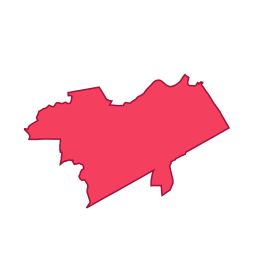 outline of Mogosani, Dâmbovita, Romania, rotated 136°
{"feature_id": "2599482B27311535557827", "entity_name": "Mogosani", "entity_type": "district", "adm_level": 2, "iso_a3": "ROU", "parent_name": "Romania", "parent_adm1": "Dâmbovita", "projection": "natural_earth1", "projection_center": [25.391, 44.675], "detail": "fine", "context": "isolated", "style": "filled", "palette": "rose", "viewbox_px": 256, "rotation_deg": 136, "n_neighbors": 0, "source": "geoboundaries", "source_scale": "gbopen_adm2", "svg_char_len": 4526}
<svg xmlns="http://www.w3.org/2000/svg" viewBox="0 0 256 256"><g transform="rotate(136 128 128)"><path d="M150.3,55.8L140.7,54.2L135.2,56.6L133.7,57.3L133.5,57.6L133.1,58.1L132.3,58.8L131.7,59.6L131.2,60.4L130.8,61.1L129.9,62.7L129.2,63.8L127.5,66.7L125.9,69.3L125.4,70.2L124.8,71.0L124.4,71.7L123.5,72.0L122.7,72.3L121.6,72.7L121.3,73.0L120.7,73.5L119.9,73.6L118.9,73.4L117.7,73.0L116.9,72.7L115.8,72.3L115.0,72.5L114.4,72.8L113.1,72.1L111.6,71.7L108.7,70.9L106.9,70.1L105.2,69.4L103.5,70.2L103.2,70.4L94.7,68.1L92.7,67.6L91.3,67.3L71.7,62.1L55.9,58.1L55.3,57.9L55.3,58.0L55.2,58.1L53.8,63.7L53.2,66.4L53.0,66.8L52.9,67.1L52.9,67.4L52.8,67.5L52.7,67.8L52.7,68.0L52.6,68.6L52.5,68.8L52.4,69.1L52.4,69.3L52.3,69.6L52.3,69.8L52.2,70.0L52.1,70.5L51.6,72.6L51.0,74.6L50.9,74.8L50.8,75.0L50.2,78.4L49.9,80.1L49.8,81.0L49.7,81.3L49.7,81.7L49.4,83.7L49.2,85.1L49.2,85.8L49.1,86.3L49.0,86.6L48.8,87.9L48.7,88.2L48.7,88.4L48.6,88.5L48.3,89.9L47.9,91.3L47.5,93.3L47.2,94.6L47.0,95.8L46.7,97.2L46.3,100.3L46.1,101.9L46.0,102.3L45.7,103.9L45.5,104.9L45.4,106.4L45.2,107.4L45.0,108.5L43.5,108.6L43.0,108.5L42.6,108.9L42.8,109.2L43.1,110.0L43.9,109.9L43.9,110.5L44.9,110.5L46.6,110.5L46.2,111.6L46.3,112.2L46.8,112.2L47.4,112.1L48.0,111.9L48.4,111.8L48.7,111.7L49.0,111.6L49.5,111.5L49.8,111.6L50.1,111.6L50.5,111.8L51.2,112.3L52.7,114.3L54.3,115.6L54.7,117.0L53.9,119.0L52.1,120.3L50.5,121.2L49.3,122.0L49.3,123.0L49.9,124.8L49.9,126.8L52.5,126.6L54.9,125.9L56.7,125.6L58.4,125.3L61.0,125.4L63.2,125.8L65.4,126.4L66.8,127.1L68.4,127.9L69.6,129.4L70.4,131.4L70.8,133.1L71.0,136.2L71.3,138.4L71.8,140.0L73.1,141.5L75.0,142.7L77.6,143.2L80.1,143.0L88.0,142.7L91.1,142.2L92.7,141.9L95.8,142.4L97.2,142.9L99.0,143.5L100.3,143.5L101.2,143.4L102.3,143.2L105.5,144.0L109.5,144.5L112.0,147.9L113.3,148.3L115.6,147.4L117.8,149.3L120.1,151.5L123.1,155.0L125.2,157.3L120.8,158.7L121.7,159.7L122.6,160.6L122.8,161.7L123.1,162.9L123.6,163.1L123.1,165.3L122.3,168.6L120.4,177.4L122.4,178.8L129.5,183.6L134.4,186.9L139.4,190.3L140.2,190.9L142.7,192.5L144.5,193.7L146.0,194.7L146.5,195.1L146.7,194.9L148.5,192.8L146.9,191.4L146.3,189.7L147.0,189.2L148.8,187.8L150.5,186.7L151.6,186.2L152.7,186.2L153.7,186.7L154.5,187.9L154.9,189.7L155.7,190.3L158.3,191.1L160.1,193.9L161.7,195.6L163.3,195.7L165.1,195.1L166.1,195.0L167.2,195.5L168.3,197.1L168.7,198.8L169.3,199.3L169.9,199.3L171.9,199.1L173.9,199.6L175.3,200.6L178.6,201.2L180.5,201.8L181.5,201.3L182.2,200.9L186.9,198.8L187.5,196.1L188.7,196.3L192.1,197.1L194.9,197.7L196.0,197.9L196.9,198.1L197.8,198.0L198.5,197.9L199.3,197.6L200.0,197.2L200.5,196.9L200.9,196.6L201.8,197.9L202.8,199.2L203.5,198.7L203.4,192.7L204.2,190.4L205.0,189.6L207.1,188.6L204.9,186.4L201.5,183.1L201.3,183.1L201.1,182.9L200.7,182.6L195.8,178.2L191.4,173.9L188.0,170.5L184.4,167.0L186.0,165.3L187.7,163.8L188.7,163.1L190.0,161.8L190.6,161.1L192.2,159.4L192.0,159.2L192.6,158.7L192.4,158.5L193.4,157.6L192.4,156.3L195.7,153.6L196.7,152.9L196.8,152.5L198.7,151.1L201.3,149.4L202.0,149.0L202.1,148.9L199.4,148.6L197.2,148.3L196.5,148.1L195.7,147.9L195.8,147.6L195.9,147.4L194.9,147.1L193.6,146.4L193.0,146.0L192.2,145.4L191.9,144.8L191.6,144.4L191.5,144.1L190.7,143.7L190.1,143.3L189.9,143.0L190.0,142.8L190.2,142.7L190.9,142.3L191.2,142.0L191.2,141.6L191.3,141.5L191.3,141.3L191.4,141.1L191.8,139.6L191.9,139.3L191.7,139.0L190.6,138.4L190.4,138.1L189.9,137.7L189.7,137.7L189.0,137.4L188.8,137.2L188.5,137.0L188.2,137.0L188.0,136.7L187.3,135.8L187.1,135.4L187.0,134.8L186.8,134.3L186.4,133.5L186.2,132.8L186.3,132.3L186.3,132.2L186.4,131.9L186.6,131.7L186.7,131.4L187.2,130.8L187.3,130.5L187.3,130.3L187.5,130.2L188.0,129.7L188.4,129.4L188.7,129.5L189.1,129.7L189.4,129.8L189.9,129.9L190.6,130.0L191.1,129.8L193.2,129.1L194.5,128.0L195.6,127.8L195.9,127.7L196.2,127.5L196.6,127.4L196.8,127.2L197.1,126.8L197.2,126.5L197.5,125.6L197.6,125.4L197.7,124.9L197.7,124.4L197.7,123.1L197.5,122.6L197.3,122.2L196.7,121.9L196.0,121.5L195.6,121.0L195.4,120.9L195.2,120.8L196.3,115.5L197.0,114.4L197.3,114.1L198.4,112.8L198.6,113.0L198.8,113.1L199.3,112.6L199.8,112.3L201.9,110.3L202.7,108.6L204.2,105.7L206.7,100.8L209.5,100.2L213.4,99.4L206.1,97.5L200.8,96.1L193.7,94.3L186.4,92.3L179.6,90.4L175.0,89.3L171.5,88.4L170.0,88.0L162.1,85.9L153.8,83.7L150.5,82.9L145.8,81.7L142.9,80.9L139.0,79.8L140.1,79.5L141.6,78.4L143.0,77.6L144.4,76.6L147.7,74.2L149.7,72.3L151.5,70.4L149.6,68.9L147.5,66.7L144.1,63.6L145.1,62.5L145.8,61.3L146.8,60.2L147.4,59.5L148.5,58.1L149.6,56.8L150.3,55.8Z" fill="#f43f5e" stroke="#9f1239" stroke-width="1.5"/></g></svg>